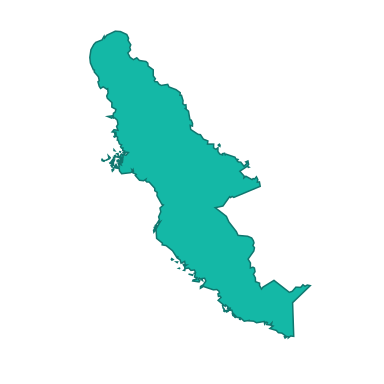 Kandrian/Gloucester District, West New Britain, Papua New Guinea (Albers equal-area conic projection), rotated 46°
{"feature_id": "67681753B75341820849490", "entity_name": "Kandrian/Gloucester District", "entity_type": "district", "adm_level": 2, "iso_a3": "PNG", "parent_name": "Papua New Guinea", "parent_adm1": "West New Britain", "projection": "albers", "projection_center": [149.495, -5.876], "detail": "fine", "context": "isolated", "style": "filled", "palette": "teal", "viewbox_px": 384, "rotation_deg": 46, "n_neighbors": 0, "source": "geoboundaries", "source_scale": "gbopen_adm2", "svg_char_len": 6135}
<svg xmlns="http://www.w3.org/2000/svg" viewBox="0 0 384 384"><g transform="rotate(46 192 192)"><path d="M235.3,139.0L231.6,136.5L230.3,138.2L228.7,136.0L225.8,135.1L226.1,137.9L224.8,138.7L224.8,140.2L218.1,142.3L217.9,144.9L216.7,143.4L210.3,143.2L211.9,134.0L211.5,132.1L208.5,130.2L207.7,132.4L209.5,132.2L209.6,136.7L204.4,136.2L202.6,137.8L200.8,137.9L200.6,136.3L198.7,137.5L196.8,136.9L188.5,141.2L188.4,142.3L186.8,141.6L185.6,143.4L186.5,144.3L184.0,145.7L180.8,145.2L178.2,142.6L177.9,145.2L175.2,145.8L172.6,143.1L168.3,147.6L166.3,145.1L161.9,147.1L156.6,146.1L154.7,147.6L146.1,149.5L142.8,147.0L144.9,145.9L143.1,144.0L139.8,142.6L138.6,143.3L131.4,138.4L127.2,138.8L127.6,137.9L125.0,135.8L124.3,137.0L122.0,137.3L120.1,135.0L115.1,132.4L114.1,133.5L112.4,131.5L107.2,132.4L100.4,135.6L97.7,134.7L94.0,140.1L91.6,140.9L88.7,140.4L86.9,142.0L85.5,141.6L85.1,139.7L81.6,139.2L77.2,135.0L70.9,136.1L68.6,134.3L66.1,134.5L60.8,138.5L57.1,138.5L56.1,142.2L52.1,143.0L47.4,141.6L47.1,137.5L44.8,136.4L43.6,133.8L38.4,132.7L37.3,130.8L33.4,129.5L26.9,132.0L23.0,135.5L20.0,144.5L20.5,147.9L18.9,147.0L20.1,151.1L17.5,157.3L17.7,160.2L19.4,165.8L24.2,172.0L28.7,175.5L35.6,178.1L36.5,177.5L37.7,178.9L44.1,179.3L47.5,181.4L47.4,183.1L51.5,185.3L54.0,185.8L54.6,182.8L58.8,181.9L59.1,180.9L62.5,183.6L63.7,186.7L65.8,187.8L72.0,187.5L75.2,190.7L79.7,189.3L81.1,191.7L80.8,193.8L82.3,195.7L79.1,200.2L83.2,198.4L83.1,196.2L84.4,197.0L85.0,196.1L88.4,195.9L91.9,198.2L92.4,200.7L96.2,202.4L93.0,204.8L93.3,207.7L96.2,205.3L99.2,207.8L100.9,207.4L102.8,209.7L103.4,209.1L107.0,210.8L109.2,209.9L109.8,212.0L111.5,212.2L112.3,211.1L113.8,212.9L116.0,212.0L116.4,213.4L115.1,214.3L117.6,213.8L117.8,211.4L119.4,210.3L119.7,214.0L117.1,215.6L118.3,216.7L115.9,216.2L115.8,218.1L116.6,219.1L118.7,218.3L120.4,219.1L122.4,221.6L121.7,223.5L123.3,224.1L120.3,225.3L123.4,226.7L122.1,229.1L120.9,229.4L121.2,228.0L119.4,227.5L120.3,231.2L124.6,228.1L126.5,229.5L130.0,229.9L135.4,222.8L135.9,220.6L134.3,219.8L135.3,219.7L135.0,218.8L136.6,219.8L136.7,221.3L140.6,219.9L140.7,221.3L147.1,221.6L150.3,219.0L150.8,216.4L151.3,217.5L153.3,217.6L155.1,215.9L163.5,216.2L165.2,217.9L168.1,217.3L170.3,219.7L179.8,222.2L181.4,221.6L181.3,226.2L184.6,228.2L186.7,233.3L189.2,234.6L190.3,238.8L191.3,235.2L193.6,243.5L200.8,249.7L208.2,248.8L209.3,250.2L212.6,247.8L220.8,246.8L228.6,248.4L228.7,246.6L229.5,248.4L232.6,247.7L235.6,249.3L236.8,245.5L239.9,247.6L240.8,246.6L240.4,248.9L242.2,250.4L244.4,247.2L247.7,247.2L249.8,244.4L252.4,245.4L252.0,246.8L253.2,246.5L254.9,249.2L256.8,248.7L256.8,247.2L257.8,249.5L256.1,252.3L256.5,253.3L261.6,249.4L261.2,248.0L259.1,248.1L259.0,246.5L263.0,245.9L261.2,244.9L262.8,242.8L265.6,243.8L266.7,248.6L268.3,249.2L277.2,244.6L279.4,241.9L282.0,241.5L283.7,242.3L283.3,244.1L285.5,245.5L286.2,244.2L288.0,244.3L288.1,248.5L297.3,247.5L296.7,246.2L299.8,246.0L300.4,247.1L302.1,245.1L302.9,246.2L301.4,247.4L302.1,248.5L304.6,245.4L307.2,246.7L313.5,246.7L315.9,244.6L321.2,244.2L324.6,239.4L324.4,240.4L327.7,237.4L330.9,236.4L335.3,230.0L337.4,231.4L336.9,229.1L338.3,228.4L339.1,230.4L341.7,228.4L341.6,225.6L343.0,227.8L344.7,226.8L344.3,230.8L350.2,227.5L353.2,227.6L355.9,225.4L360.9,224.6L360.3,226.1L361.7,226.5L362.1,224.0L363.1,223.2L363.8,224.0L364.1,221.1L366.5,219.1L341.5,196.5L341.5,172.0L339.0,173.7L338.3,176.2L335.8,176.6L336.1,180.1L332.6,183.4L333.1,188.8L331.8,191.7L312.5,194.4L309.7,207.1L310.1,209.4L306.2,208.4L304.5,206.7L300.6,208.6L297.8,206.1L293.8,205.0L293.1,202.0L290.0,199.9L288.4,200.4L287.2,202.8L283.7,199.3L279.2,198.3L277.4,188.6L275.5,185.8L272.8,185.4L271.7,182.8L269.7,181.7L266.5,181.0L262.5,182.7L255.2,189.0L251.3,187.6L239.2,186.3L233.4,184.2L219.4,186.2L223.6,179.5L221.5,168.2L222.7,168.2L223.1,166.2L224.9,165.7L235.3,139.0ZM118.6,219.4L116.2,219.6L116.1,220.7L117.3,220.1L119.6,221.7L120.9,221.1L118.6,219.4ZM110.5,227.0L107.9,227.0L110.3,228.4L109.3,232.2L110.8,228.0L110.5,227.0ZM267.1,252.8L267.7,250.1L266.3,249.5L265.9,251.5L267.1,252.8ZM248.6,251.5L252.3,249.5L252.1,249.0L248.6,251.5ZM309.2,248.4L310.1,247.7L309.5,247.1L306.8,247.0L309.2,248.4ZM194.4,247.3L194.2,245.9L192.6,244.5L192.8,246.2L194.4,247.3ZM121.7,234.8L121.6,232.8L120.8,232.4L120.4,234.1L121.7,234.8ZM117.8,222.6L117.2,223.9L118.0,224.6L118.9,223.0L117.8,222.6ZM115.9,227.4L115.1,225.4L113.9,226.1L115.9,227.4ZM98.3,208.4L96.5,206.2L95.9,206.7L98.3,208.4ZM118.4,229.9L116.6,228.4L115.7,227.9L117.2,230.3L118.4,229.9ZM108.8,234.0L108.8,232.9L107.4,234.2L105.4,233.7L106.9,234.9L108.8,234.0ZM176.6,139.1L176.5,140.5L178.5,140.2L177.8,139.3L176.6,139.1ZM227.1,253.8L227.5,252.5L225.8,252.8L226.1,253.7L227.1,253.8ZM119.3,232.3L116.9,231.0L116.7,231.8L119.3,232.3ZM302.8,249.2L301.4,249.2L300.7,250.2L302.2,250.6L302.8,249.2ZM191.6,241.9L191.7,240.6L190.7,240.2L190.5,241.6L191.6,241.9ZM192.2,244.3L192.7,243.3L191.4,242.5L191.2,243.7L192.2,244.3ZM114.7,230.1L115.6,229.3L114.3,229.7L114.6,231.0L116.2,229.9L114.7,230.1ZM112.3,219.4L114.1,219.4L113.0,218.5L112.3,219.4ZM121.1,222.9L122.0,221.7L121.8,221.3L120.0,222.2L121.1,222.9ZM113.8,222.2L112.5,221.5L112.1,222.5L112.7,222.8L113.8,222.2ZM298.9,250.2L296.2,249.9L299.1,250.7L298.9,250.2ZM98.9,208.9L97.3,209.6L98.6,209.7L98.9,208.9ZM120.5,224.6L121.2,223.9L120.8,223.2L119.8,223.9L120.5,224.6ZM114.0,229.1L114.8,228.2L113.7,227.4L114.0,229.1ZM113.3,225.0L113.9,224.0L113.6,223.6L112.5,224.3L113.3,225.0ZM239.7,249.0L239.4,248.0L238.0,248.5L238.4,248.8L239.7,249.0ZM237.8,254.5L238.9,253.8L238.0,253.9L237.8,254.5ZM299.7,251.8L301.1,251.6L299.4,251.2L299.7,251.8ZM231.4,251.9L232.5,251.7L232.3,251.0L231.4,251.9ZM112.3,216.2L113.5,216.0L113.3,215.5L112.3,216.2ZM295.8,249.4L295.1,248.1L294.6,248.0L294.7,248.8L295.8,249.4ZM243.4,251.7L242.7,250.8L242.6,252.3L243.4,251.7ZM316.6,246.2L317.8,245.5L316.2,245.9L316.6,246.2ZM114.7,221.5L115.5,221.2L114.9,220.5L114.7,221.5ZM213.7,133.8L212.7,134.1L213.4,134.4L213.7,133.8ZM108.0,219.3L108.6,218.9L107.5,218.8L108.0,219.3ZM309.7,248.2L311.1,248.0L311.3,247.7L309.7,248.2ZM312.1,248.1L312.9,247.5L311.9,247.8L312.1,248.1Z" fill="#14b8a6" stroke="#0f766e" stroke-width="1.5"/></g></svg>